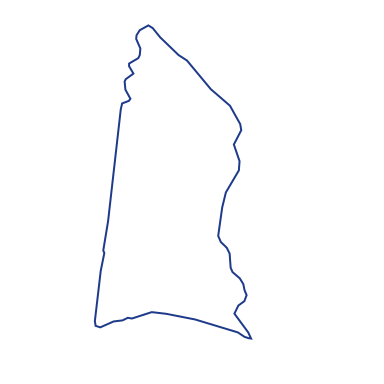 El Adelanto, Jutiapa, Guatemala, rotated 103°
{"feature_id": "79465075B13602510028618", "entity_name": "El Adelanto", "entity_type": "district", "adm_level": 2, "iso_a3": "GTM", "parent_name": "Guatemala", "parent_adm1": "Jutiapa", "projection": "natural_earth1", "projection_center": [-89.854, 14.18], "detail": "fine", "context": "isolated", "style": "outline", "palette": "blue", "viewbox_px": 384, "rotation_deg": 103, "n_neighbors": 0, "source": "geoboundaries", "source_scale": "gbopen_adm2", "svg_char_len": 904}
<svg xmlns="http://www.w3.org/2000/svg" viewBox="0 0 384 384"><g transform="rotate(103 192 192)"><path d="M121.4,280.0L127.5,280.0L239.3,267.2L269.0,265.3L271.1,263.7L289.3,263.2L339.7,257.6L344.1,255.8L344.5,250.9L335.8,239.3L332.7,230.8L329.0,226.2L328.8,222.1L318.1,204.2L316.5,189.8L315.5,160.3L318.5,115.7L321.3,108.3L321.7,104.1L321.5,101.5L316.2,105.6L301.0,123.3L292.2,121.3L286.5,116.4L280.2,115.6L275.7,118.8L270.2,121.3L265.4,126.0L260.9,134.5L257.1,137.3L243.5,141.5L238.5,145.6L234.3,152.6L228.9,156.6L200.2,159.1L184.8,158.9L160.4,151.2L151.3,152.6L136.3,161.9L120.7,157.9L115.0,160.3L99.4,174.4L87.6,196.8L65.0,226.5L61.6,235.9L48.4,257.9L41.1,267.2L39.5,272.0L46.1,279.3L51.8,281.3L55.4,280.8L63.8,274.6L70.2,273.7L73.6,274.4L81.0,282.2L83.6,281.6L89.8,275.7L96.9,281.9L99.5,282.5L107.3,279.9L115.0,273.0L117.4,274.0L121.4,280.0Z" fill="none" stroke="#1e3a8a" stroke-width="2"/></g></svg>